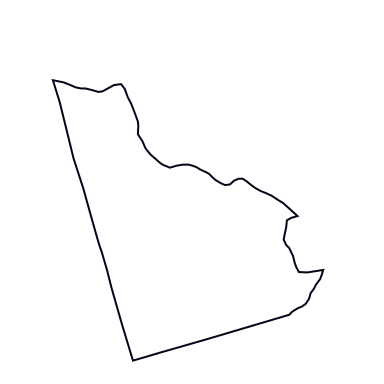 São Carlos do Ivaí, Paraná, Brazil, rotated 164°
{"feature_id": "56859067B30476837708549", "entity_name": "São Carlos do Ivaí", "entity_type": "district", "adm_level": 2, "iso_a3": "BRA", "parent_name": "Brazil", "parent_adm1": "Paraná", "projection": "albers", "projection_center": [-52.502, -23.368], "detail": "fine", "context": "isolated", "style": "outline", "palette": "ink", "viewbox_px": 384, "rotation_deg": 164, "n_neighbors": 0, "source": "geoboundaries", "source_scale": "gbopen_adm2", "svg_char_len": 1230}
<svg xmlns="http://www.w3.org/2000/svg" viewBox="0 0 384 384"><g transform="rotate(164 192 192)"><path d="M295.2,46.2L265.4,46.4L256.6,46.4L232.2,46.4L219.3,46.4L132.2,47.2L128.8,49.3L122.4,51.1L117.9,51.6L113.6,53.1L108.8,57.2L105.8,62.1L101.4,65.5L98.1,69.0L92.8,73.0L90.3,76.4L87.4,80.9L103.3,82.9L111.3,85.6L112.5,91.1L112.8,95.9L112.5,102.8L113.3,106.9L114.0,111.4L116.1,115.1L117.0,121.0L114.4,126.1L111.3,131.9L108.6,138.6L103.7,139.8L97.2,139.8L107.4,156.2L111.1,160.2L116.5,166.5L121.4,170.7L125.7,174.0L130.0,178.3L133.6,183.0L136.8,187.5L139.7,190.8L143.6,191.9L148.5,191.3L153.4,188.8L158.2,189.5L161.9,192.5L166.3,197.3L168.7,201.2L170.6,204.8L173.4,207.5L177.3,210.8L181.0,214.8L184.5,217.3L187.8,219.3L193.8,220.9L199.5,221.5L206.5,221.5L212.1,225.8L214.7,228.8L221.8,239.9L224.6,246.6L225.6,254.2L228.1,262.4L225.4,270.3L224.6,274.7L225.3,284.5L226.1,293.4L227.7,301.5L228.2,309.6L230.4,315.2L237.5,316.3L250.3,313.4L254.4,314.0L260.6,317.9L265.9,320.9L270.6,322.3L274.9,324.6L279.5,328.4L285.4,332.9L294.9,337.8L294.4,314.9L296.6,256.7L295.5,225.1L295.7,201.4L295.8,173.6L295.7,165.2L295.3,159.1L295.2,140.3L295.6,128.0L295.8,121.4L295.8,83.6L295.2,46.2Z" fill="none" stroke="#020617" stroke-width="2"/></g></svg>